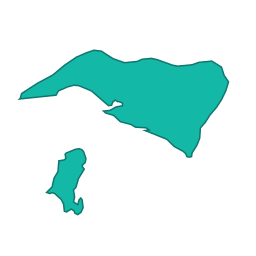 the district of Kwail, Hwanghae-namdo, North Korea, rotated 264°
{"feature_id": "82179303B47267328602468", "entity_name": "Kwail", "entity_type": "district", "adm_level": 2, "iso_a3": "PRK", "parent_name": "North Korea", "parent_adm1": "Hwanghae-namdo", "projection": "albers", "projection_center": [124.924, 38.427], "detail": "fine", "context": "isolated", "style": "filled", "palette": "teal", "viewbox_px": 256, "rotation_deg": 264, "n_neighbors": 0, "source": "geoboundaries", "source_scale": "gbopen_adm2", "svg_char_len": 1458}
<svg xmlns="http://www.w3.org/2000/svg" viewBox="0 0 256 256"><g transform="rotate(264 128 128)"><path d="M185.8,212.4L185.9,205.6L184.2,198.4L184.2,192.9L184.3,183.9L186.0,178.4L187.8,174.8L193.0,163.9L194.8,158.5L194.9,149.4L193.2,144.0L193.3,131.3L198.5,120.4L205.7,111.4L207.2,109.6L208.9,102.3L207.3,95.1L203.9,84.2L197.1,71.5L188.6,58.8L181.9,42.5L173.4,25.8L168.8,24.0L168.2,23.2L168.2,59.9L172.2,62.7L175.2,72.2L176.2,78.5L175.2,83.6L168.7,95.5L168.2,96.0L152.2,111.0L152.4,114.1L155.3,115.5L157.1,118.2L155.3,120.5L155.1,122.1L153.2,125.2L150.7,124.8L150.2,118.4L147.4,111.8L147.4,105.4L145.3,107.3L142.0,115.1L141.6,115.4L135.1,121.0L131.3,131.1L128.0,135.6L126.3,146.0L123.8,148.8L123.7,144.7L112.7,165.5L104.8,172.0L100.4,178.4L99.1,180.3L96.5,182.7L93.2,183.7L92.6,186.6L92.9,188.2L96.5,189.1L103.3,194.5L110.2,198.2L120.5,200.0L125.6,205.5L132.4,210.9L139.3,218.2L146.1,223.7L154.7,229.1L163.3,232.8L170.2,229.1L178.8,227.3L185.8,218.3L185.8,212.4ZM102.9,61.2L102.6,55.8L92.0,53.8L85.8,49.2L77.4,46.4L72.4,40.3L71.0,43.4L71.6,45.9L70.5,48.3L69.9,48.8L63.9,54.1L59.0,56.0L51.9,56.0L50.9,58.0L53.3,63.2L51.1,65.7L48.8,66.3L47.1,68.9L48.9,72.3L53.4,75.0L61.4,74.9L63.3,73.7L61.8,71.9L57.0,70.0L60.2,66.1L64.9,67.7L72.0,67.3L74.4,70.0L82.9,73.5L91.7,80.2L94.4,78.5L96.0,78.9L98.0,81.7L101.8,83.0L109.1,81.4L111.2,79.9L112.5,77.3L112.3,73.4L109.5,63.8L108.4,62.7L104.3,63.0L102.9,61.2Z" fill="#14b8a6" stroke="#0f766e" stroke-width="1.5"/></g></svg>